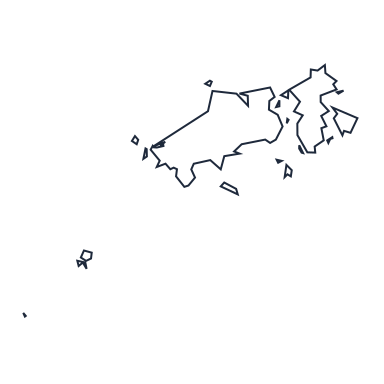 Flinders (Tas.), Tasmania, Australia (orthographic projection), rotated 274°
{"feature_id": "25037944B15550630319657", "entity_name": "Flinders (Tas.)", "entity_type": "district", "adm_level": 2, "iso_a3": "AUS", "parent_name": "Australia", "parent_adm1": "Tasmania", "projection": "orthographic", "projection_center": [148.029, -39.899], "detail": "medium", "context": "isolated", "style": "outline", "palette": "slate", "viewbox_px": 384, "rotation_deg": 274, "n_neighbors": 0, "source": "geoboundaries", "source_scale": "gbopen_adm2", "svg_char_len": 1951}
<svg xmlns="http://www.w3.org/2000/svg" viewBox="0 0 384 384"><g transform="rotate(274 192 192)"><path d="M206.5,175.0L196.6,184.0L198.2,188.0L206.6,194.0L214.5,189.7L220.3,191.8L225.1,208.0L216.6,219.1L230.0,221.7L233.6,236.8L235.4,231.2L243.1,238.2L249.4,261.4L246.4,266.5L250.1,272.0L263.7,277.8L275.0,272.1L279.5,263.0L288.2,262.8L292.6,267.8L301.7,262.6L293.5,232.5L291.9,240.9L281.9,241.9L293.2,229.5L294.2,205.4L273.7,202.3L234.8,150.3L240.2,161.8L236.0,157.1L236.7,160.1L235.9,160.3L233.9,153.8L233.9,150.7L235.3,149.6L231.3,147.8L221.0,157.6L214.5,155.1L218.4,163.6L213.2,168.8L215.0,172.0L213.7,175.4L206.5,175.0ZM245.9,311.2L252.7,319.8L264.7,316.6L266.9,321.5L276.9,315.6L282.3,322.8L290.7,314.1L297.2,313.6L304.4,329.1L309.3,325.4L312.8,328.4L319.9,316.8L327.9,315.7L321.9,308.8L322.5,302.0L314.6,302.3L300.8,281.8L289.6,293.4L279.5,288.1L276.2,297.1L267.6,292.3L256.1,293.2L239.6,304.3L239.9,312.2L245.9,311.2ZM275.4,328.3L259.0,338.1L263.6,339.4L262.1,346.0L277.2,351.9L286.1,326.2L280.1,331.4L275.4,328.3ZM118.6,95.9L124.5,96.2L126.1,88.3L118.9,85.7L115.9,91.1L118.6,95.9ZM213.3,283.4L216.3,286.0L214.5,289.5L220.7,290.0L225.6,284.3L213.3,283.4ZM203.7,223.5L199.6,220.3L192.8,237.8L198.2,235.8L203.7,223.5ZM294.8,274.0L292.3,281.2L300.1,281.0L294.8,274.0ZM221.7,141.2L224.3,144.5L231.6,143.8L232.2,142.6L221.7,141.2ZM114.0,88.0L108.0,92.2L114.2,90.5L115.4,82.4L110.3,84.1L114.0,88.0ZM235.8,133.5L240.3,134.7L243.8,131.2L238.7,128.5L235.8,133.5ZM299.0,202.5L303.4,204.0L304.3,202.1L300.9,197.7L299.0,202.5ZM283.6,273.2L289.6,272.8L282.6,270.0L283.6,273.2ZM227.2,275.9L229.3,279.3L230.1,274.2L227.2,275.9ZM246.1,295.7L242.8,295.9L238.9,298.6L238.6,300.1L246.1,295.7ZM303.7,336.1L301.6,329.5L300.3,331.2L303.7,336.1ZM59.6,32.1L56.1,34.0L56.8,34.8L59.6,32.1ZM250.4,324.6L254.6,326.2L255.4,328.4L256.5,328.1L252.9,323.3L250.4,324.6ZM267.1,281.7L270.7,283.3L271.6,282.0L267.1,281.7Z" fill="none" stroke="#1e293b" stroke-width="2"/></g></svg>